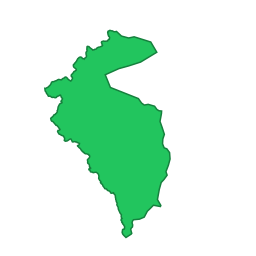 Solís de Mataojo, Lavalleja, Uruguay, rotated 60°
{"feature_id": "84410073B13887066663224", "entity_name": "Solís de Mataojo", "entity_type": "district", "adm_level": 2, "iso_a3": "URY", "parent_name": "Uruguay", "parent_adm1": "Lavalleja", "projection": "orthographic", "projection_center": [-55.418, -34.585], "detail": "fine", "context": "isolated", "style": "filled", "palette": "green", "viewbox_px": 256, "rotation_deg": 60, "n_neighbors": 0, "source": "geoboundaries", "source_scale": "gbopen_adm2", "svg_char_len": 5759}
<svg xmlns="http://www.w3.org/2000/svg" viewBox="0 0 256 256"><g transform="rotate(60 128 128)"><path d="M52.1,180.2L54.5,181.2L56.4,181.0L57.0,181.2L57.5,181.3L58.8,180.9L60.3,181.1L60.8,180.9L61.5,179.5L62.0,179.2L62.9,178.9L63.5,178.5L63.9,177.9L64.1,177.3L64.2,176.9L65.2,176.2L65.6,175.5L65.7,174.9L65.6,174.4L65.3,174.1L65.2,173.7L65.4,172.9L65.4,172.4L65.6,171.8L65.5,171.5L65.5,170.9L65.5,170.4L65.7,170.1L65.9,170.0L66.5,170.2L67.1,170.1L68.2,170.4L68.8,170.3L68.9,170.2L69.6,170.0L70.1,170.3L70.4,170.6L70.5,170.8L70.7,171.1L70.7,171.5L71.3,172.6L71.5,172.7L71.6,172.4L71.8,172.3L72.7,172.3L72.9,172.4L73.2,172.9L73.0,174.3L73.1,175.3L74.7,177.8L75.1,178.2L76.9,179.6L77.3,180.1L77.5,180.6L78.6,181.1L79.0,181.8L79.2,182.3L79.4,182.5L79.5,183.5L79.9,184.2L79.6,185.1L79.7,185.9L79.8,186.1L80.1,186.3L80.3,186.8L80.4,187.4L80.7,187.9L80.7,188.3L80.6,188.7L81.0,190.1L82.7,190.7L83.5,190.7L84.0,190.6L84.5,190.1L85.6,189.6L87.5,189.4L89.0,189.0L89.4,189.1L89.9,188.8L90.1,188.4L90.8,188.1L91.4,188.1L91.9,187.9L93.4,187.9L94.0,187.7L95.2,187.6L95.5,188.0L95.5,188.6L95.4,189.1L95.1,189.8L95.5,190.3L95.6,190.6L96.2,190.8L98.6,190.8L99.2,190.5L99.3,190.2L99.7,189.9L100.3,189.6L101.0,189.4L101.1,189.1L102.3,188.3L102.3,188.1L102.6,187.9L103.8,188.0L105.0,188.0L105.7,188.3L105.9,188.6L106.6,189.0L106.9,189.4L107.3,189.3L107.8,189.0L108.3,188.6L108.8,186.9L108.6,184.3L108.7,183.4L108.9,183.1L109.1,182.9L112.2,183.1L112.6,182.6L113.0,181.2L113.7,180.3L113.9,180.3L114.0,179.9L114.4,179.6L114.9,179.3L115.3,179.3L115.7,178.7L116.7,178.1L117.1,177.7L117.4,177.9L118.1,178.8L118.3,179.6L118.1,179.9L118.0,180.4L118.1,180.6L118.5,180.7L119.3,180.4L120.8,180.1L121.8,179.6L123.4,179.5L123.8,179.6L124.3,179.3L124.7,179.4L126.0,179.1L126.1,178.8L126.8,178.7L127.3,178.3L127.6,178.5L127.9,178.4L129.0,177.8L129.4,177.0L130.7,175.9L131.0,175.5L131.5,175.3L132.0,175.5L132.4,175.3L132.5,175.1L133.4,175.3L134.1,175.9L134.5,176.6L135.1,178.7L135.2,179.0L136.3,179.5L137.1,179.7L137.8,180.3L138.3,180.4L138.7,180.4L138.9,180.1L139.4,180.1L140.0,179.8L140.8,180.0L142.5,180.8L142.9,180.8L143.1,180.6L143.3,180.7L143.5,180.4L144.1,180.4L144.3,180.6L144.3,181.0L144.2,181.7L144.0,181.8L143.9,182.2L144.5,182.7L144.7,182.4L145.9,182.1L147.0,182.4L147.3,182.3L147.8,181.8L148.3,181.0L149.2,180.6L149.4,180.3L149.6,179.7L149.7,179.2L150.3,177.8L151.1,177.3L152.8,176.8L153.9,176.9L154.6,177.1L155.4,177.4L156.8,178.5L157.1,178.6L158.3,178.7L158.8,178.6L159.2,178.7L160.3,178.4L161.0,178.4L161.4,178.5L161.4,179.0L161.9,179.1L163.2,178.9L163.6,178.5L164.2,178.4L166.0,178.7L168.0,178.3L168.6,178.5L169.3,178.2L169.9,177.2L170.6,177.0L171.0,177.1L172.0,176.8L173.5,175.5L174.5,175.3L175.2,175.5L175.9,175.3L176.1,175.1L176.5,174.4L176.7,173.0L176.8,172.9L177.5,173.2L179.3,172.7L180.5,172.9L181.5,173.5L182.6,173.8L183.9,174.4L184.9,174.5L186.0,175.0L186.6,174.9L187.7,175.0L188.7,175.9L189.2,176.1L191.9,176.2L193.3,176.9L193.9,177.0L197.8,177.4L199.9,177.1L200.1,177.3L200.4,177.6L201.5,178.3L203.0,178.5L203.4,178.4L203.6,179.0L203.5,179.4L204.2,180.0L204.7,180.2L205.1,180.1L205.5,179.9L205.9,180.0L206.5,180.5L206.8,180.5L207.2,180.1L207.7,180.4L208.7,180.5L209.3,180.2L209.9,180.2L210.8,180.3L211.6,180.2L211.9,180.3L212.6,180.9L213.1,181.1L213.6,181.6L213.7,181.9L213.6,182.3L213.2,182.7L213.3,183.2L213.4,183.6L214.0,184.0L214.5,184.6L215.2,184.9L215.7,185.4L216.4,185.4L217.0,185.6L218.6,185.4L221.8,184.5L221.5,178.3L221.1,177.4L218.7,176.8L216.9,176.2L216.3,175.1L215.9,173.6L214.3,172.4L212.1,171.9L210.6,170.3L210.2,169.1L212.7,163.6L213.3,158.5L209.7,152.8L209.0,149.7L207.6,144.6L212.2,139.2L211.5,138.3L204.7,138.3L196.8,131.6L191.8,126.5L190.5,122.4L188.4,117.7L184.8,117.0L180.4,111.6L175.9,107.1L170.1,104.3L165.4,104.8L163.3,106.6L159.0,106.0L155.0,103.4L151.7,99.7L144.8,98.2L138.3,97.0L132.2,91.8L130.1,90.4L128.6,92.5L126.5,93.7L122.4,94.1L117.6,98.7L116.3,102.4L113.2,103.8L107.7,104.3L84.1,123.0L70.5,121.1L72.0,106.2L74.5,96.6L77.2,84.1L76.8,65.2L64.9,65.3L52.1,77.1L50.4,82.4L45.1,87.7L38.6,89.7L38.2,91.0L37.8,91.7L37.5,92.1L36.1,92.9L35.7,93.6L34.7,94.5L34.3,95.1L34.4,95.7L34.2,96.7L34.3,96.8L34.8,97.0L34.7,97.5L35.4,98.0L35.9,98.0L36.6,98.4L38.7,98.9L39.0,98.8L39.3,98.5L40.5,98.7L40.8,98.9L41.2,99.3L41.8,99.7L41.9,99.9L41.6,100.2L41.6,100.6L42.1,101.9L42.4,102.2L41.7,103.9L41.0,105.2L40.5,105.6L40.1,107.2L40.1,107.5L40.4,108.1L40.9,108.4L41.3,108.4L41.7,108.3L43.1,108.9L43.6,108.7L44.1,109.7L43.7,112.1L43.5,112.9L43.3,113.0L43.2,113.8L43.2,115.0L43.5,115.4L43.6,115.7L43.6,116.5L43.5,116.9L43.2,117.5L43.4,117.8L43.0,119.0L43.0,119.5L41.6,119.8L40.9,120.2L38.9,121.0L38.0,121.1L37.0,122.3L37.0,122.7L37.9,123.3L38.2,123.7L38.8,123.8L39.4,124.4L40.1,124.5L41.0,125.3L41.4,126.4L42.2,127.0L42.9,127.2L43.7,127.7L44.7,127.8L45.3,128.3L45.9,129.3L45.9,130.6L46.3,131.3L46.0,131.3L45.9,131.8L45.5,132.1L45.4,132.4L45.0,132.7L43.7,132.8L43.0,133.4L42.6,134.0L42.5,135.3L42.8,136.0L42.8,136.6L42.9,136.9L44.2,139.0L44.5,139.3L44.5,139.7L45.1,140.8L45.1,141.5L45.8,142.5L45.7,143.2L45.9,143.6L46.2,143.9L47.3,144.4L47.9,144.5L48.6,144.4L49.8,143.9L51.0,143.5L51.5,143.6L51.9,143.8L52.1,144.3L52.1,144.7L52.2,145.1L52.1,145.7L52.3,146.3L52.1,146.6L52.9,148.1L53.7,150.6L54.1,150.9L55.0,151.3L55.4,151.3L56.0,150.8L57.0,151.1L57.3,151.3L58.2,152.6L58.7,153.8L58.7,154.2L58.3,154.4L57.2,154.8L56.5,155.3L56.0,155.5L54.9,155.5L53.2,156.0L52.7,156.5L52.5,156.9L52.5,157.4L52.8,158.4L52.6,159.1L52.6,160.4L53.0,161.1L53.0,161.5L52.7,162.2L52.1,162.7L51.2,163.9L51.1,165.2L51.2,166.3L50.9,167.4L50.8,168.0L50.9,168.3L50.6,169.5L50.2,170.1L50.1,171.0L50.2,171.5L50.6,171.8L51.1,172.5L51.8,173.7L51.9,174.1L52.1,174.4L52.2,175.3L52.6,176.4L52.6,177.3L52.5,179.4L52.5,179.8L52.1,180.2Z" fill="#22c55e" stroke="#15803d" stroke-width="1.5"/></g></svg>